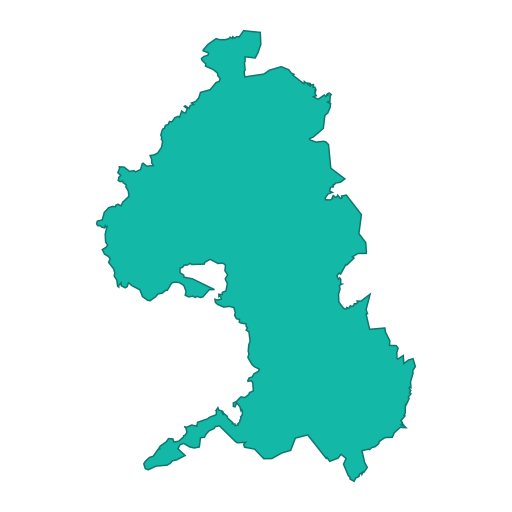 Zongolica, Veracruz, Mexico (orthographic projection)
{"feature_id": "50627088B83388448178787", "entity_name": "Zongolica", "entity_type": "district", "adm_level": 2, "iso_a3": "MEX", "parent_name": "Mexico", "parent_adm1": "Veracruz", "projection": "orthographic", "projection_center": [-96.939, 18.652], "detail": "fine", "context": "isolated", "style": "filled", "palette": "teal", "viewbox_px": 512, "rotation_deg": 0, "n_neighbors": 0, "source": "geoboundaries", "source_scale": "gbopen_adm2", "svg_char_len": 6053}
<svg xmlns="http://www.w3.org/2000/svg" viewBox="0 0 512 512"><path d="M361.9,474.4L363.1,471.8L363.9,472.3L367.3,467.4L364.6,462.4L362.0,450.7L368.4,449.2L369.6,449.6L372.0,447.4L374.8,446.9L378.7,443.8L379.2,441.5L384.9,437.6L392.3,437.3L394.2,432.8L400.2,427.4L406.0,427.7L404.1,425.8L401.3,424.9L403.1,424.2L401.9,423.4L402.3,422.4L401.0,420.6L404.9,415.9L404.1,415.5L405.2,413.1L405.5,404.5L406.3,404.7L409.1,398.5L408.3,397.0L411.0,393.8L409.5,392.4L410.8,390.5L409.3,388.7L409.4,387.4L411.0,387.8L410.5,381.9L413.0,373.3L412.8,370.4L415.4,366.6L413.0,358.7L408.5,360.0L403.8,363.6L403.3,355.5L397.8,359.1L396.9,358.0L396.8,352.6L398.1,348.1L396.2,345.6L389.5,345.4L389.8,340.8L385.5,332.2L384.9,328.0L369.6,329.3L366.1,314.1L367.5,313.7L366.1,309.6L370.1,294.2L361.0,301.1L357.1,301.1L357.7,302.2L356.5,303.7L354.3,303.7L353.6,305.8L351.9,306.5L350.3,305.8L348.8,308.3L346.6,307.5L346.4,309.0L344.7,309.0L342.9,307.5L338.9,302.2L338.5,294.3L340.0,289.1L339.4,285.4L342.0,284.1L340.7,283.9L340.7,279.2L339.7,277.9L338.5,279.3L336.9,275.8L338.9,273.1L340.6,274.1L345.9,264.5L346.8,265.0L354.0,258.1L352.4,256.8L357.9,253.5L366.3,253.4L366.4,251.5L365.7,242.5L358.9,233.7L361.4,214.6L346.3,195.1L341.6,196.0L341.9,197.8L340.6,198.5L337.6,195.2L336.9,196.9L335.4,197.3L333.2,195.5L332.1,197.9L332.5,198.6L330.6,199.9L325.6,199.8L325.2,198.0L328.1,193.9L332.4,192.4L329.6,191.0L330.6,187.1L333.4,186.9L333.2,184.6L334.5,184.6L335.4,183.1L340.2,182.3L344.9,178.9L330.8,168.2L328.5,144.6L325.9,141.9L323.6,141.3L316.1,142.1L309.7,139.8L309.5,138.6L313.2,137.1L323.3,128.4L324.9,115.3L327.7,113.1L330.0,107.8L330.6,103.7L327.5,102.2L328.3,101.4L329.9,102.2L330.2,96.0L331.2,94.5L329.1,93.0L327.5,93.8L327.7,94.9L326.4,94.2L327.0,95.1L325.8,96.5L324.3,95.0L318.0,99.3L313.4,96.7L316.3,95.7L314.6,92.6L315.6,91.9L315.0,90.3L316.0,90.0L314.9,87.2L313.2,87.3L313.5,84.6L311.1,84.9L310.5,86.1L308.2,84.5L310.6,84.3L310.2,83.5L305.8,82.8L304.3,81.5L304.0,83.7L303.2,83.3L292.8,75.2L293.9,74.3L291.3,73.1L288.7,69.7L281.2,66.7L269.4,70.2L263.8,74.1L244.8,76.9L244.1,71.9L245.1,70.0L244.5,62.7L245.2,60.8L245.0,56.7L255.2,58.0L258.1,52.4L260.8,44.3L260.3,32.4L243.6,30.7L239.4,36.7L236.6,36.8L234.7,38.1L232.7,36.7L232.3,38.4L230.1,37.2L228.9,38.7L224.9,39.7L219.6,39.7L216.2,38.6L208.2,44.2L203.3,49.8L203.1,50.8L208.2,52.8L208.5,53.7L207.9,55.2L203.9,56.5L201.5,58.5L201.9,60.1L205.7,63.9L205.5,66.1L213.3,69.6L217.4,73.0L217.9,75.8L220.2,78.4L219.4,81.2L215.9,82.7L210.2,89.7L200.5,92.4L198.7,98.0L195.7,101.5L191.5,103.0L193.6,104.5L190.3,105.4L189.1,108.3L185.2,105.8L184.3,106.5L187.3,108.7L185.7,112.6L184.7,113.2L181.6,111.1L179.6,117.2L178.0,116.4L174.8,117.7L172.0,121.8L169.4,121.5L168.3,124.4L165.4,125.4L164.4,128.4L163.1,128.8L162.1,130.4L160.8,135.2L161.8,137.3L161.3,139.0L162.6,141.4L161.6,147.2L157.7,153.0L153.9,155.0L150.1,155.5L151.7,159.5L151.7,162.9L153.4,165.6L146.8,166.2L143.1,163.2L142.3,163.6L140.6,169.5L135.5,171.9L133.9,170.6L129.6,171.4L124.1,167.1L119.3,166.8L119.5,168.7L117.8,172.6L120.8,175.4L118.8,177.3L118.2,180.4L120.1,181.7L122.6,181.2L123.1,182.6L126.2,184.8L125.9,187.0L128.2,190.8L129.0,196.2L122.7,202.3L121.1,205.9L118.0,204.2L116.0,205.1L115.5,206.7L112.8,206.4L108.7,207.7L104.3,212.4L102.2,219.9L97.3,221.2L96.6,223.8L97.6,225.6L100.2,225.7L101.8,227.2L104.5,227.9L105.3,225.7L106.1,227.1L107.0,226.6L105.2,234.2L105.6,242.0L107.6,245.0L106.3,247.2L102.3,249.5L104.6,254.2L108.2,256.3L110.2,258.8L108.6,262.4L113.6,268.8L114.8,272.8L114.2,276.0L116.8,280.1L117.6,286.2L118.7,287.0L118.6,285.6L121.1,282.9L121.2,285.7L125.2,287.8L127.1,286.7L128.5,282.7L132.2,285.8L139.9,289.8L142.5,296.6L147.9,300.4L150.1,300.7L155.7,296.7L157.9,294.0L162.5,293.0L165.6,290.4L167.3,290.4L171.0,284.1L172.4,282.6L174.6,282.1L179.4,282.6L183.8,285.4L186.1,291.6L185.2,295.2L188.7,296.9L193.1,296.1L195.2,297.5L196.9,296.3L200.5,297.5L203.1,296.7L209.2,289.7L214.5,289.6L192.3,278.8L183.9,277.1L183.7,275.1L180.0,272.7L180.1,268.0L182.5,267.4L184.2,265.1L187.1,265.1L190.1,263.4L191.8,264.5L204.3,264.1L204.8,262.3L210.1,259.3L218.0,263.5L222.5,263.1L224.0,263.9L225.5,265.3L224.9,270.7L227.7,274.9L225.2,278.8L227.4,283.7L225.9,291.0L222.3,292.4L222.3,294.6L218.8,294.3L219.0,296.5L219.6,295.7L220.8,296.8L221.3,299.1L217.3,300.0L214.9,299.3L215.4,302.3L217.6,304.4L223.7,307.1L229.5,306.4L233.9,307.6L235.3,312.7L234.6,315.2L235.8,317.7L236.8,318.9L239.5,319.3L239.3,322.1L240.3,322.8L246.1,324.0L246.2,326.5L247.5,327.8L246.2,330.1L248.9,331.8L250.1,341.3L248.8,344.7L248.2,351.2L248.9,354.0L247.9,357.4L251.8,364.3L254.3,366.6L259.4,369.2L258.4,371.3L254.1,373.7L252.2,377.0L249.2,377.9L247.9,380.4L248.0,381.3L251.4,380.8L252.8,382.7L253.3,391.0L249.5,392.6L248.8,394.4L244.9,397.5L240.8,396.9L236.1,401.8L233.4,402.8L233.3,406.3L235.0,406.9L236.7,402.9L239.9,406.6L241.0,410.8L241.9,409.8L242.4,411.3L242.3,414.9L240.6,416.8L241.1,418.3L239.9,420.1L239.9,421.7L237.9,423.8L238.1,425.0L235.1,425.6L235.0,424.1L232.3,423.7L232.7,422.6L227.6,418.1L227.3,416.4L224.0,413.6L223.2,414.4L222.1,412.2L223.2,412.6L222.7,411.3L218.9,410.1L217.9,407.7L215.9,410.6L216.5,410.9L216.2,414.7L209.3,417.4L207.7,418.8L197.6,422.3L196.7,426.2L191.6,425.0L186.7,427.3L184.1,426.6L185.8,427.7L186.9,432.1L185.5,434.8L183.6,435.8L183.5,437.0L178.9,441.1L173.9,442.1L172.9,438.9L168.5,438.6L166.4,441.7L160.1,446.2L159.0,448.1L159.7,448.8L158.0,449.4L153.2,456.3L149.5,457.4L145.0,461.7L143.8,463.9L145.3,468.6L148.2,469.8L156.1,466.1L167.0,465.2L170.3,463.3L172.4,460.8L176.6,459.9L185.1,455.5L177.9,448.7L180.2,444.6L183.8,443.4L189.5,446.9L194.3,448.0L199.3,447.0L200.5,437.7L204.4,437.3L206.3,433.8L209.2,430.8L214.1,428.5L215.3,426.6L219.4,425.8L235.4,441.5L237.2,442.8L245.7,442.3L243.7,444.4L244.5,447.2L254.6,449.1L263.8,458.7L271.8,458.6L281.8,453.0L290.7,450.3L295.4,438.1L307.7,434.9L326.2,458.4L327.0,457.5L329.7,461.3L338.0,458.2L341.0,454.3L346.1,458.4L343.5,464.2L348.4,475.8L350.0,477.2L350.0,479.0L354.1,481.3L355.8,478.0L359.0,476.5L359.4,474.3L361.5,473.0L361.9,474.4Z" fill="#14b8a6" stroke="#0f766e" stroke-width="1.5"/></svg>